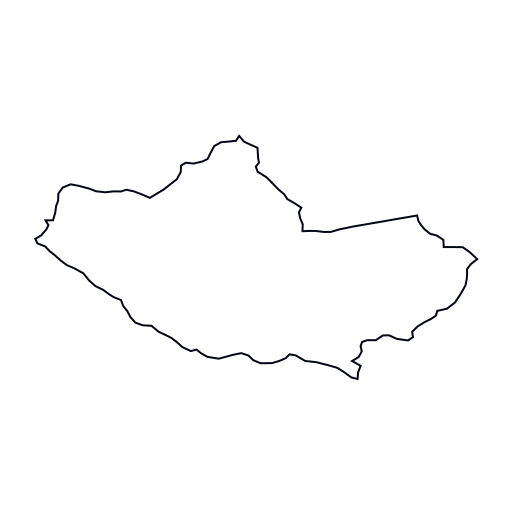 São João Batista, Santa Catarina, Brazil, rotated 92°
{"feature_id": "56859067B88267193526754", "entity_name": "São João Batista", "entity_type": "district", "adm_level": 2, "iso_a3": "BRA", "parent_name": "Brazil", "parent_adm1": "Santa Catarina", "projection": "equal_earth", "projection_center": [-48.861, -27.328], "detail": "fine", "context": "isolated", "style": "outline", "palette": "ink", "viewbox_px": 512, "rotation_deg": 92, "n_neighbors": 0, "source": "geoboundaries", "source_scale": "gbopen_adm2", "svg_char_len": 1961}
<svg xmlns="http://www.w3.org/2000/svg" viewBox="0 0 512 512"><g transform="rotate(92 256 256)"><path d="M302.1,396.8L304.7,389.4L310.7,386.9L315.4,382.8L321.3,379.4L326.8,374.3L329.2,366.7L329.4,358.0L335.1,350.7L338.6,342.5L341.0,337.4L344.5,332.5L349.6,326.4L353.3,317.8L351.6,312.1L354.8,308.0L358.5,301.0L359.9,289.6L357.6,282.1L355.5,275.3L353.6,267.4L355.7,260.1L360.2,255.1L363.0,247.8L362.5,236.4L360.2,229.4L357.1,222.8L353.1,219.0L353.9,213.0L359.2,203.1L360.0,192.1L362.4,181.0L364.9,170.9L369.2,163.6L374.0,156.5L375.4,150.2L368.7,149.9L362.1,147.6L357.6,156.3L353.4,149.9L347.7,147.0L342.4,148.3L338.2,147.0L336.2,141.7L336.0,133.4L331.0,126.5L330.6,120.3L333.9,112.4L335.1,101.1L331.6,96.3L326.3,97.3L320.9,92.2L316.4,85.5L312.6,78.6L309.4,74.2L304.5,72.9L302.0,63.3L295.5,55.5L287.7,50.7L282.9,48.1L277.9,45.6L271.7,44.6L266.8,44.4L261.6,44.6L256.4,40.8L251.4,34.8L244.8,42.4L240.0,49.7L240.2,60.4L240.5,68.7L233.4,69.3L229.3,75.8L227.7,82.7L223.4,88.5L219.3,92.2L215.1,95.0L209.9,96.4L223.1,159.7L224.6,165.7L226.3,173.0L229.3,182.0L229.6,189.1L228.9,197.4L229.1,203.8L229.6,210.4L222.7,210.4L216.6,213.2L210.9,214.6L206.1,212.4L202.1,219.0L198.0,226.7L193.3,230.0L188.8,235.8L182.9,241.9L177.0,248.2L171.7,257.3L166.7,259.3L162.6,256.3L158.2,257.3L153.7,257.7L147.8,258.3L145.5,264.0L142.2,271.9L136.6,277.0L141.6,280.1L142.6,287.2L143.5,294.9L147.6,301.6L155.0,305.2L160.8,307.8L163.4,312.8L165.8,321.6L165.2,329.3L168.2,334.1L174.6,334.1L182.0,337.8L192.7,350.5L201.6,364.1L198.6,371.7L195.7,380.2L194.3,387.9L196.2,393.2L196.4,400.9L197.6,408.8L196.9,418.0L194.4,425.3L192.1,435.4L190.8,443.7L194.3,451.5L200.6,455.7L207.8,455.7L213.0,457.5L219.4,458.1L227.4,460.1L227.7,467.6L232.4,464.5L236.7,466.4L242.9,471.4L246.6,477.2L251.0,474.9L253.8,467.0L258.5,462.3L262.1,457.3L267.5,450.8L271.7,444.8L274.6,437.3L279.3,428.0L286.5,421.7L291.7,415.4L295.0,407.9L299.2,401.7L302.1,396.8Z" fill="none" stroke="#020617" stroke-width="2"/></g></svg>